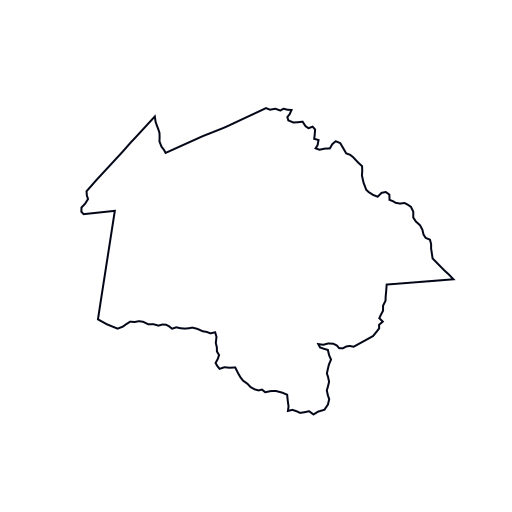 São Sebastião do Passé, Bahia, Brazil (Robinson projection), rotated 34°
{"feature_id": "56859067B57148089527577", "entity_name": "São Sebastião do Passé", "entity_type": "district", "adm_level": 2, "iso_a3": "BRA", "parent_name": "Brazil", "parent_adm1": "Bahia", "projection": "robinson", "projection_center": [-38.471, -12.522], "detail": "fine", "context": "isolated", "style": "outline", "palette": "ink", "viewbox_px": 512, "rotation_deg": 34, "n_neighbors": 0, "source": "geoboundaries", "source_scale": "gbopen_adm2", "svg_char_len": 2503}
<svg xmlns="http://www.w3.org/2000/svg" viewBox="0 0 512 512"><g transform="rotate(34 256 256)"><path d="M87.1,244.2L81.2,282.3L79.3,297.1L81.9,300.4L84.9,302.7L85.1,308.1L84.2,313.4L86.5,317.0L89.7,317.7L113.7,297.5L152.8,380.8L160.4,396.9L170.6,396.0L181.9,393.6L185.1,389.0L186.4,385.4L188.4,380.8L192.3,378.6L195.4,375.5L199.1,373.7L205.0,372.8L209.1,369.9L214.0,368.3L216.8,365.1L219.8,363.3L223.0,362.9L227.1,363.2L229.8,359.7L233.6,358.2L237.6,356.0L240.8,353.4L243.2,351.0L248.1,349.2L253.9,348.2L257.6,346.5L261.5,345.6L264.8,342.1L268.5,345.2L271.3,350.6L274.6,353.6L277.0,357.0L280.8,358.8L281.9,362.9L282.3,367.3L285.6,368.9L288.9,369.9L292.0,365.9L296.6,363.4L301.1,360.0L306.7,363.2L310.8,365.2L315.0,366.6L320.3,366.7L324.8,367.7L329.5,367.3L333.3,366.0L335.7,363.4L339.8,363.8L343.8,359.7L347.9,356.8L354.2,354.6L359.4,353.6L363.4,358.4L367.1,362.5L369.1,366.6L372.2,363.2L376.5,362.0L380.3,361.4L383.6,358.4L386.8,355.0L392.3,355.2L394.5,350.3L398.7,345.2L398.7,338.9L396.7,333.7L393.7,331.5L389.9,327.9L388.6,323.9L386.9,319.4L383.3,315.9L380.5,313.8L379.1,310.4L377.2,305.4L376.1,299.9L372.0,297.3L368.1,293.7L364.0,295.0L360.2,296.0L356.9,294.2L361.4,292.0L364.8,288.1L369.2,285.5L373.0,285.0L376.5,285.9L379.6,284.0L381.4,280.6L383.8,278.3L387.7,276.6L397.8,256.9L398.3,251.5L398.6,247.2L396.5,244.2L397.8,239.5L393.0,238.6L392.4,234.8L391.9,230.3L389.1,226.1L388.4,220.7L386.3,217.3L383.6,212.4L380.3,206.6L432.7,164.9L426.2,163.5L420.0,162.6L403.8,159.3L400.5,155.7L397.0,151.9L394.6,148.3L391.1,145.2L386.5,146.1L382.8,144.5L379.3,141.2L374.8,138.8L369.2,138.0L364.9,136.2L361.6,131.3L356.9,128.6L353.0,128.6L349.5,129.0L346.1,132.0L342.1,133.8L338.8,134.0L335.3,134.8L332.2,130.5L327.8,130.4L324.8,133.4L323.7,138.8L318.9,139.9L313.7,140.0L310.2,139.4L307.5,137.4L304.3,135.2L301.3,132.4L298.8,130.0L296.6,126.2L293.7,122.2L288.9,121.5L284.4,120.5L280.9,119.7L277.3,119.5L273.4,120.5L268.5,118.1L262.7,115.3L257.9,116.3L256.7,120.7L257.1,125.5L253.0,128.5L249.2,132.4L245.2,133.4L245.1,129.8L243.0,124.9L238.7,126.3L237.1,123.1L234.3,118.1L230.6,117.1L228.1,120.7L224.5,120.7L219.5,118.6L216.4,121.3L212.4,124.4L207.0,125.5L204.3,123.3L204.6,119.5L203.8,115.1L200.4,117.1L196.5,118.5L194.8,121.8L189.7,123.1L185.8,126.9L181.6,127.8L159.1,165.4L156.9,168.8L144.9,186.3L123.4,221.1L120.4,219.5L116.5,218.2L111.9,215.0L109.5,211.2L107.2,208.0L104.2,205.6L100.9,203.3L97.8,201.0L94.1,196.9L89.5,227.1L88.8,230.9L87.1,244.2Z" fill="none" stroke="#020617" stroke-width="2"/></g></svg>